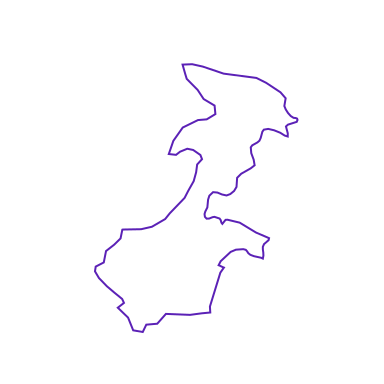 outline of Foča, rotated 322°
{"feature_id": "BIH-4807", "entity_name": "Foča", "entity_type": "state/province", "adm_level": 1, "iso_a3": "BIH", "parent_name": "Bosnia and Herzegovina", "parent_adm1": "", "projection": "equal_earth", "projection_center": [18.989, 43.593], "detail": "fine", "context": "isolated", "style": "outline", "palette": "violet", "viewbox_px": 384, "rotation_deg": 322, "n_neighbors": 0, "source": "natural_earth", "source_scale": "10m", "svg_char_len": 1846}
<svg xmlns="http://www.w3.org/2000/svg" viewBox="0 0 384 384"><g transform="rotate(322 192 192)"><path d="M220.9,217.2L217.1,216.0L214.1,212.4L211.7,208.1L208.5,205.1L203.4,205.6L200.0,207.9L194.6,213.6L190.4,215.6L188.3,217.1L186.9,219.5L187.1,222.0L189.2,223.5L192.7,224.5L194.4,225.4L197.4,229.9L197.3,231.8L196.3,234.3L196.3,235.8L201.3,234.6L202.9,235.7L210.7,245.5L217.5,263.4L224.3,275.8L222.7,277.1L216.7,277.4L214.1,278.8L213.6,279.4L212.4,281.0L210.9,283.6L209.1,286.1L206.8,288.1L206.1,286.7L206.0,286.4L201.3,280.7L199.3,277.4L198.7,274.9L198.9,272.8L198.8,270.7L197.2,268.6L191.1,264.5L185.6,263.0L172.0,264.2L167.9,266.1L168.6,267.3L169.9,270.0L170.6,271.2L164.7,273.0L135.6,293.3L132.2,298.2L125.0,293.6L114.8,287.6L96.4,272.0L83.5,274.4L74.3,268.4L67.0,272.0L60.5,264.8L64.3,251.6L62.3,237.5L70.1,237.5L71.1,233.3L68.9,223.6L66.9,213.9L65.7,202.5L66.7,194.8L66.9,194.6L68.5,193.1L70.2,191.5L79.1,193.2L87.9,185.6L98.2,185.6L107.1,184.6L113.9,178.8L114.4,179.0L129.0,190.0L139.0,194.7L154.2,196.8L161.4,195.1L173.4,193.4L182.5,192.1L189.9,188.7L200.0,184.5L207.4,179.0L213.0,173.5L220.1,172.3L221.4,168.0L218.8,159.6L214.9,155.0L207.4,152.9L202.3,152.9L197.1,147.8L208.8,140.2L224.4,135.5L241.0,139.0L248.3,143.8L258.4,145.0L263.0,137.8L258.4,125.9L259.3,115.1L257.5,99.6L259.3,94.9L263.0,85.8L270.8,91.4L277.7,99.8L289.8,118.2L313.0,141.8L317.6,151.5L323.1,167.9L323.5,175.8L317.7,181.1L316.7,184.7L316.3,188.9L316.6,193.0L317.7,196.1L319.3,197.6L320.0,198.9L319.5,200.2L317.7,201.2L309.1,198.0L306.4,198.2L303.6,204.7L301.6,207.2L299.8,204.6L298.0,199.6L294.7,193.9L290.9,189.2L287.0,187.1L284.6,187.8L279.4,191.7L276.7,193.1L274.0,193.2L268.2,192.3L265.8,193.0L262.6,197.9L260.5,204.5L257.8,209.5L252.8,209.5L242.0,207.9L236.3,208.6L230.2,215.4L225.8,217.1L220.9,217.2Z" fill="none" stroke="#5b21b6" stroke-width="2"/></g></svg>